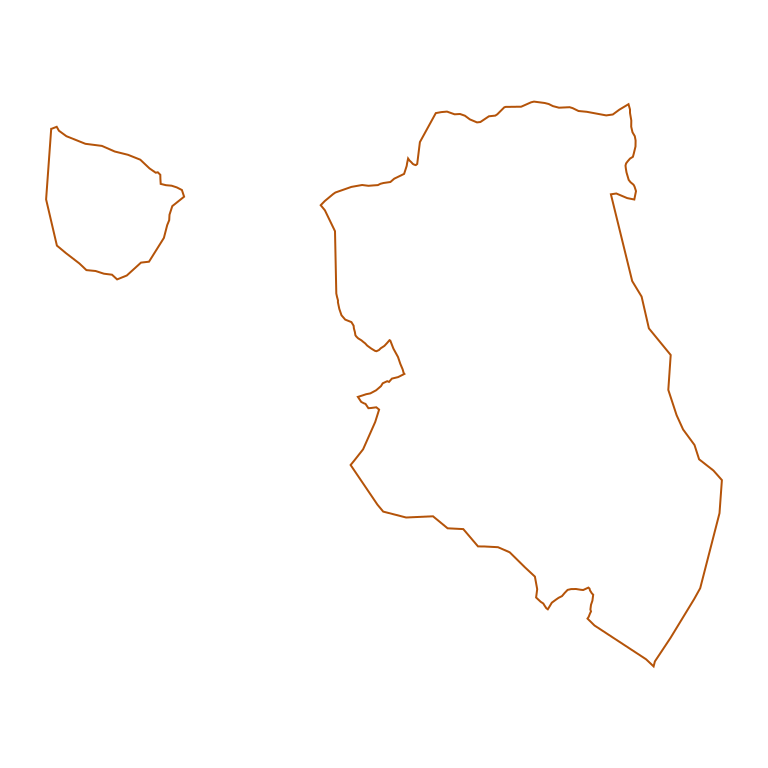 outline of Ideato South, Imo, Nigeria
{"feature_id": "59680162B23369049466603", "entity_name": "Ideato South", "entity_type": "district", "adm_level": 2, "iso_a3": "NGA", "parent_name": "Nigeria", "parent_adm1": "Imo", "projection": "robinson", "projection_center": [7.136, 5.792], "detail": "fine", "context": "isolated", "style": "outline", "palette": "amber", "viewbox_px": 768, "rotation_deg": 0, "n_neighbors": 0, "source": "geoboundaries", "source_scale": "gbopen_adm2", "svg_char_len": 2959}
<svg xmlns="http://www.w3.org/2000/svg" viewBox="0 0 768 768"><path d="M540.7,601.8L543.3,603.5L544.5,605.5L546.3,608.2L547.8,609.3L549.9,605.9L551.8,602.7L556.0,599.6L558.6,597.8L562.0,596.1L564.8,592.8L567.6,589.9L571.0,589.1L576.0,589.0L581.0,589.8L583.2,590.0L585.6,588.9L588.4,587.6L589.5,588.6L590.0,590.4L591.8,593.3L593.2,594.7L592.4,600.7L591.0,604.8L590.4,609.5L591.0,611.5L590.1,613.2L588.7,616.8L587.5,618.6L594.5,625.5L646.1,659.3L653.6,666.4L654.9,661.4L670.5,637.9L694.2,599.0L700.2,588.2L719.5,513.2L721.9,480.1L713.4,470.5L699.1,459.3L694.5,445.0L683.1,429.5L676.6,415.2L668.3,389.9L670.7,355.0L648.9,328.4L641.6,296.6L632.2,281.1L610.9,194.3L616.3,193.5L627.2,198.1L634.3,199.5L636.0,191.1L634.5,186.5L633.5,184.7L630.5,182.2L628.7,179.9L626.5,172.4L625.8,168.2L625.5,165.6L626.1,163.4L627.6,161.4L630.0,158.6L632.9,156.8L633.8,153.5L635.5,146.5L635.6,140.5L634.8,136.2L632.5,132.3L631.2,126.7L631.3,120.5L630.0,112.9L630.0,109.5L628.5,104.2L619.3,109.7L612.8,114.5L606.2,115.4L586.8,111.8L578.5,111.0L572.6,108.1L569.6,107.2L559.0,107.7L552.9,106.1L548.7,104.0L544.7,103.0L534.0,101.6L531.1,102.3L521.2,106.7L505.7,106.9L504.3,107.3L497.3,114.3L495.3,115.6L488.9,116.3L480.4,122.0L477.0,122.4L469.9,119.4L464.9,115.7L460.0,114.0L454.6,114.3L447.0,111.6L441.3,112.1L435.8,113.1L419.9,142.1L417.2,164.0L415.8,165.1L414.3,164.7L412.8,163.9L411.4,162.3L409.5,160.5L408.1,158.5L407.1,163.2L406.7,165.9L404.1,173.9L394.2,178.7L390.4,182.0L383.5,183.0L380.4,183.8L377.9,185.1L373.4,185.4L368.5,185.8L362.1,185.0L351.4,186.9L335.4,192.5L333.1,194.1L324.7,201.1L320.7,205.2L324.9,210.3L335.0,231.2L336.3,293.5L337.0,296.8L338.0,300.5L337.9,302.2L339.3,308.9L341.5,315.3L345.2,319.6L351.4,322.1L353.6,325.7L353.9,328.4L354.9,332.1L355.4,335.2L356.2,336.4L358.1,338.3L361.5,340.4L362.9,341.6L365.2,343.4L367.2,345.6L371.3,348.6L375.1,350.9L376.5,351.2L379.0,350.0L380.7,348.3L384.4,345.9L387.0,343.1L389.5,340.2L390.3,340.6L393.4,348.6L398.0,357.0L400.3,363.8L402.7,369.5L403.6,372.8L404.4,373.9L398.1,377.1L391.9,378.6L389.0,381.9L387.2,381.2L382.7,383.3L381.0,386.1L376.1,390.3L370.3,393.4L366.2,394.2L362.3,395.5L357.9,396.9L361.2,401.9L363.9,403.3L365.5,403.9L368.4,408.2L371.0,408.0L376.3,407.3L379.1,409.6L375.2,422.0L363.1,449.3L354.3,460.5L350.6,465.0L377.4,504.6L383.2,511.6L406.1,517.5L433.0,516.3L447.6,528.3L463.3,529.1L478.0,546.4L484.8,546.5L498.0,547.2L509.7,552.3L524.9,567.3L534.9,576.6L537.2,589.2L536.1,597.5L540.7,601.8ZM56.7,126.8L51.3,128.9L51.2,128.9L46.1,199.4L56.9,245.6L65.9,253.1L79.3,263.4L86.4,270.1L95.6,271.0L103.9,273.7L112.0,274.7L117.1,279.4L126.8,275.5L141.0,262.6L149.0,261.7L163.9,237.9L167.2,225.1L169.2,220.2L169.5,214.7L172.3,206.1L184.1,196.7L181.9,190.0L176.8,187.4L171.6,185.7L166.0,185.2L160.7,183.9L160.4,178.9L160.3,174.8L157.8,172.3L155.7,172.7L149.5,168.4L140.3,159.7L128.0,154.8L114.7,151.5L101.9,145.9L85.4,143.8L66.4,136.2L58.9,130.7L56.7,126.8Z" fill="none" stroke="#b45309" stroke-width="2"/></svg>